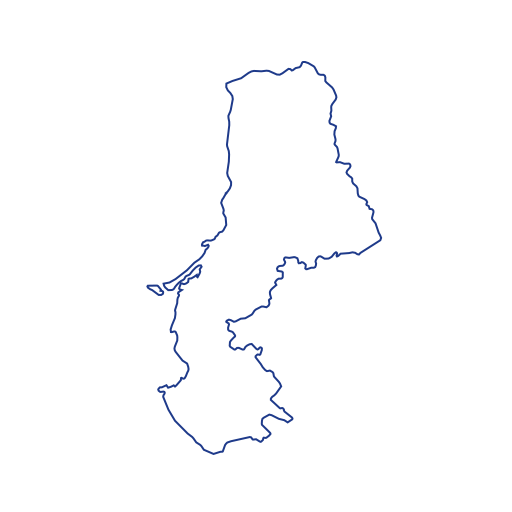 SVG path tracing the border of Dagestan, rotated 216°
{"feature_id": "RUS-2417", "entity_name": "Dagestan", "entity_type": "Republic", "adm_level": 1, "iso_a3": "RUS", "parent_name": "Russia", "parent_adm1": "", "projection": "orthographic", "projection_center": [46.661, 43.097], "detail": "fine", "context": "isolated", "style": "outline", "palette": "blue", "viewbox_px": 512, "rotation_deg": 216, "n_neighbors": 0, "source": "natural_earth", "source_scale": "10m", "svg_char_len": 6134}
<svg xmlns="http://www.w3.org/2000/svg" viewBox="0 0 512 512"><g transform="rotate(216 256 256)"><path d="M189.7,362.0L188.3,361.9L187.4,361.4L186.6,360.3L184.6,355.1L183.6,354.1L178.5,352.7L170.5,347.0L167.6,345.6L165.4,344.2L164.7,341.8L173.3,320.0L173.6,317.7L175.1,317.0L177.6,316.9L180.1,315.7L182.4,313.1L188.9,307.6L189.5,304.5L189.9,303.6L190.3,303.2L191.0,303.6L192.0,305.9L193.1,306.2L193.6,305.9L194.1,304.1L194.3,299.9L195.4,297.3L196.1,296.3L199.0,294.1L202.9,293.8L203.9,293.5L205.0,292.4L205.4,290.4L205.1,287.7L204.5,286.4L202.9,285.2L202.0,283.5L201.6,281.8L202.3,280.5L204.4,279.0L207.0,275.3L207.7,274.8L208.8,274.9L210.1,277.5L210.7,278.2L213.7,278.5L215.3,278.0L215.6,277.6L215.8,276.5L217.1,275.3L217.9,275.6L219.0,276.9L221.2,278.5L223.5,278.0L224.5,277.5L228.0,274.0L231.2,272.3L231.6,271.8L231.8,271.2L231.4,269.7L230.6,269.1L229.2,268.5L228.5,267.8L228.2,266.4L228.2,265.1L228.6,263.9L230.8,262.0L231.6,260.9L231.9,259.5L231.5,258.0L229.7,256.7L226.0,258.6L224.7,258.5L222.0,254.7L221.8,253.6L222.2,252.6L224.4,250.9L225.0,249.4L225.2,248.1L225.1,246.2L224.9,245.7L222.5,244.5L223.7,239.5L224.0,237.3L223.8,235.7L223.5,234.9L222.3,233.4L219.0,230.8L219.0,230.3L219.6,228.7L219.6,227.9L217.3,225.5L216.8,224.4L216.7,223.0L217.4,220.7L220.6,219.3L221.8,218.4L224.7,212.6L225.1,210.8L224.9,207.6L225.0,206.1L228.1,199.3L231.5,196.3L234.0,191.2L235.2,189.8L238.6,189.3L240.5,188.6L241.5,186.7L241.6,185.6L241.2,185.2L238.5,185.4L237.6,184.8L236.5,181.7L235.2,180.0L233.7,179.7L231.2,180.6L229.8,180.7L226.6,179.6L225.9,179.1L225.7,178.5L226.1,176.8L226.6,172.9L226.5,171.1L224.5,167.9L223.4,167.4L218.5,167.6L217.8,168.2L217.3,170.5L215.9,171.6L211.9,172.4L211.1,173.0L210.8,173.5L211.1,176.3L210.5,178.5L209.3,180.8L207.8,182.3L201.3,181.1L199.9,181.2L199.3,182.1L199.3,183.3L198.9,184.6L198.2,184.9L197.0,184.8L196.0,183.3L194.7,179.0L194.9,178.2L196.7,177.4L197.1,176.7L197.4,174.6L196.8,173.8L188.6,171.4L185.3,170.0L181.8,169.2L179.7,169.2L178.9,169.8L177.4,171.5L174.4,171.8L173.1,171.4L170.9,169.3L170.3,169.0L163.5,167.6L161.6,166.9L159.0,165.3L158.9,156.6L159.3,154.0L160.1,151.7L160.2,150.2L160.1,149.3L159.4,148.3L147.4,146.9L146.8,147.0L145.5,148.4L144.4,148.6L143.2,148.2L142.7,147.5L141.5,146.9L132.0,146.5L131.1,146.1L130.8,145.7L130.7,145.1L132.6,140.0L136.6,139.8L141.8,137.7L149.8,136.4L152.0,135.5L154.7,129.7L155.1,128.1L154.4,126.3L152.6,123.5L151.8,122.9L140.5,121.2L139.7,120.6L139.8,118.5L140.7,115.3L141.1,114.6L143.0,113.5L143.0,112.7L142.5,111.9L142.3,111.2L142.7,108.9L143.0,108.4L144.0,108.1L148.2,107.8L150.3,105.9L150.9,105.6L153.3,106.4L154.6,105.9L167.3,91.5L169.6,88.2L169.9,86.5L169.9,84.9L168.0,78.4L168.1,78.0L169.8,76.6L174.0,70.9L184.3,68.6L188.7,70.2L190.2,70.4L194.8,70.1L199.4,71.7L201.3,72.1L207.0,72.2L224.7,75.1L236.5,80.2L248.3,87.5L249.0,88.9L249.1,90.8L249.4,91.6L249.8,92.0L250.3,92.2L251.2,91.9L253.3,89.9L253.9,89.7L255.6,89.8L256.6,90.5L256.8,91.4L256.5,93.3L255.0,94.4L252.5,98.8L249.7,97.8L247.9,100.3L246.5,103.0L244.8,102.8L244.4,104.5L243.8,111.3L244.9,113.3L244.6,113.7L242.9,113.9L242.2,114.4L241.9,115.3L242.1,117.5L243.1,121.4L243.4,123.4L244.1,124.9L245.7,126.5L248.5,128.5L254.0,128.2L264.6,131.2L266.2,131.9L267.6,133.2L268.4,135.0L270.0,141.3L271.9,144.1L273.1,145.4L276.3,147.3L277.2,147.3L278.0,146.7L279.4,144.9L280.1,144.5L281.9,146.4L283.3,150.6L285.1,158.1L286.9,161.5L288.2,163.3L289.3,164.1L289.9,165.2L292.0,171.5L293.9,174.4L294.7,176.2L295.0,178.6L295.4,179.3L297.0,179.8L297.5,180.9L296.0,184.9L297.9,184.2L299.0,184.4L299.4,185.3L300.4,188.7L300.5,189.7L299.9,190.3L298.1,190.7L297.3,191.3L296.3,192.9L295.6,195.1L297.1,197.8L296.8,198.5L295.2,199.8L293.8,202.9L292.8,205.9L291.4,204.5L290.8,204.5L291.3,208.6L291.9,210.5L293.7,212.1L293.7,215.3L295.1,216.0L296.8,214.6L298.0,211.2L298.6,207.2L298.8,202.2L299.1,201.3L300.3,199.4L300.9,198.0L300.5,195.2L300.8,194.0L301.9,191.8L302.7,189.1L303.1,186.3L303.3,183.6L303.1,181.4L303.3,180.3L304.0,179.1L306.9,176.8L311.0,177.2L312.8,177.9L314.5,179.3L310.4,183.7L307.5,190.1L303.5,203.8L301.9,214.4L299.9,220.0L299.3,224.1L299.4,228.2L300.4,231.5L299.9,233.2L299.8,235.0L300.2,236.4L301.4,236.9L303.2,234.0L304.6,233.5L305.7,232.7L306.2,233.1L306.6,233.9L306.9,236.0L306.1,237.2L305.4,239.2L304.3,240.2L302.0,241.6L301.2,242.4L299.8,244.7L299.5,245.7L300.0,247.8L299.3,249.9L299.6,253.1L299.2,254.0L297.7,255.8L297.5,257.7L298.3,263.6L303.2,269.3L307.5,271.2L308.2,272.3L308.7,273.7L309.9,274.9L315.4,278.5L316.5,281.9L316.4,283.0L316.9,287.7L316.8,289.3L317.3,289.3L316.8,291.4L316.9,295.3L317.8,298.6L319.6,301.2L325.9,304.2L328.1,306.2L333.4,316.3L337.4,322.3L339.7,324.9L343.8,327.8L345.0,329.1L354.5,346.1L356.6,348.9L359.3,351.4L360.7,353.1L361.2,355.2L361.6,357.3L362.3,359.4L367.0,369.3L369.2,371.5L372.6,372.8L376.1,373.4L379.3,375.1L381.3,378.1L377.9,383.8L372.5,391.1L369.6,399.8L368.2,402.6L366.5,404.5L360.2,408.6L356.4,412.1L354.3,413.3L345.8,415.1L343.4,416.6L342.0,419.4L339.7,426.5L338.0,427.4L336.1,427.1L335.4,428.0L334.4,431.3L331.7,434.4L331.5,436.4L332.3,439.7L332.0,440.6L330.3,441.8L327.1,442.8L320.8,443.4L319.4,443.1L313.3,440.1L311.8,440.0L310.4,440.5L307.8,442.3L306.3,442.3L304.9,441.3L302.8,438.3L301.2,437.8L293.5,437.1L291.2,436.3L285.5,432.9L284.2,431.6L283.5,429.4L283.6,424.2L283.3,421.8L282.7,420.7L280.4,417.8L279.4,415.0L277.3,413.2L276.0,408.4L274.8,407.1L273.5,406.7L270.6,407.6L267.5,408.0L266.5,406.2L265.8,403.2L264.0,400.3L260.3,397.2L259.3,395.8L258.6,393.3L258.3,392.7L257.4,392.3L254.6,391.8L253.3,391.0L248.5,386.5L247.8,385.4L247.4,384.0L246.4,379.1L245.8,379.1L243.2,381.3L238.8,382.5L235.1,385.4L233.7,385.4L232.4,384.3L232.0,382.7L232.4,378.7L231.9,376.8L230.6,376.0L227.2,375.5L225.3,375.6L223.7,375.2L221.9,372.8L220.1,371.8L215.8,371.4L213.7,370.4L210.5,366.5L208.6,365.0L207.3,364.7L201.7,365.8L199.4,365.8L197.7,364.9L197.2,362.8L196.5,362.3L194.1,362.6L191.8,360.9L189.7,362.0ZM324.9,166.9L326.0,167.6L326.0,168.4L318.7,173.9L317.6,174.1L313.1,172.9L312.8,171.7L311.1,172.6L310.2,172.5L309.5,171.7L309.1,170.7L309.8,168.8L311.8,167.3L319.9,167.4L322.2,166.9L324.9,166.9Z" fill="none" stroke="#1e3a8a" stroke-width="2"/></g></svg>